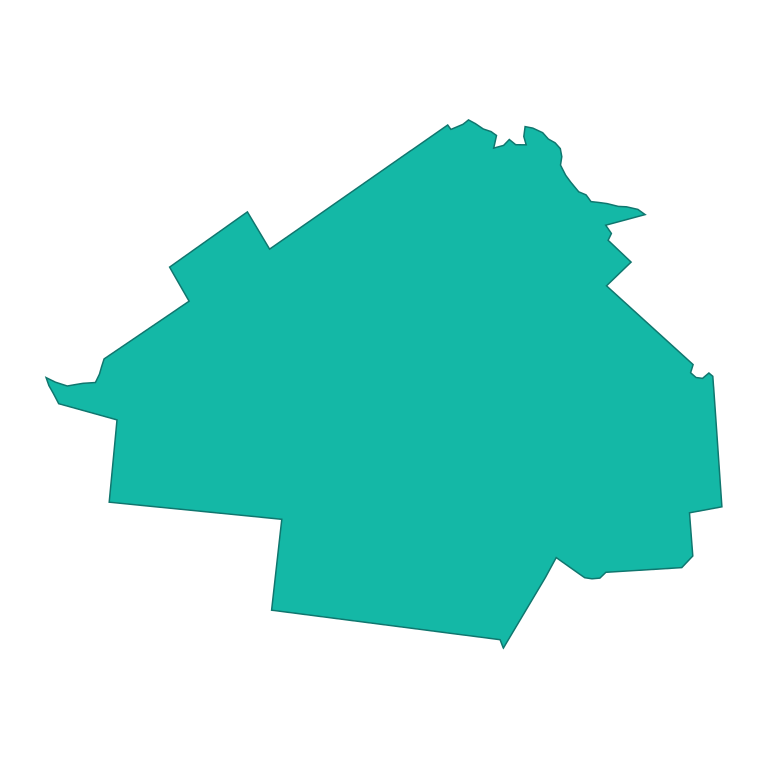 the district of Leandro N. Alem, Misiones, Argentina
{"feature_id": "61730980B79202279576530", "entity_name": "Leandro N. Alem", "entity_type": "district", "adm_level": 2, "iso_a3": "ARG", "parent_name": "Argentina", "parent_adm1": "Misiones", "projection": "robinson", "projection_center": [-55.364, -27.618], "detail": "fine", "context": "isolated", "style": "filled", "palette": "teal", "viewbox_px": 768, "rotation_deg": 0, "n_neighbors": 0, "source": "geoboundaries", "source_scale": "gbopen_adm2", "svg_char_len": 1521}
<svg xmlns="http://www.w3.org/2000/svg" viewBox="0 0 768 768"><path d="M46.1,377.6L48.9,385.6L53.1,393.0L56.9,400.2L58.7,403.7L117.0,419.9L116.0,430.7L112.6,466.4L109.2,502.2L281.8,519.3L280.1,534.3L271.6,610.2L452.8,633.6L500.1,639.7L503.2,647.8L503.4,648.1L505.5,644.5L540.1,586.4L545.4,577.5L556.2,557.6L579.1,573.8L584.7,577.7L592.0,578.8L599.9,578.1L605.9,572.3L681.8,567.6L690.4,558.5L692.8,556.0L690.0,519.7L689.5,512.8L721.9,506.8L716.2,424.1L713.6,386.9L713.5,386.1L712.8,376.3L708.9,373.0L702.5,378.4L702.1,378.3L696.0,377.5L690.6,372.7L691.4,370.2L693.1,364.6L610.4,289.4L606.5,285.8L623.6,269.3L631.1,262.1L625.3,256.6L611.1,243.1L608.1,240.3L608.7,239.1L611.4,233.5L611.1,233.0L605.7,225.2L615.8,222.5L645.1,214.6L637.9,209.4L626.5,206.8L618.3,206.4L607.1,203.6L599.1,202.5L591.0,201.6L586.1,194.9L578.7,191.8L570.7,182.1L565.7,175.3L560.5,165.1L561.8,156.7L560.3,148.6L555.2,142.9L548.3,139.0L542.7,132.7L532.8,128.1L525.1,126.6L523.8,136.5L525.7,143.2L526.2,144.8L522.2,144.8L515.7,144.7L509.3,139.5L503.6,145.4L499.2,146.6L493.7,148.1L494.3,145.5L496.5,135.5L491.1,131.6L483.3,129.0L475.2,123.5L474.0,122.9L468.5,119.9L463.0,124.3L456.4,127.1L450.9,129.4L447.7,125.0L412.0,149.9L410.4,150.9L313.7,218.4L269.6,249.1L247.4,211.9L241.0,216.4L237.6,218.8L169.6,267.1L172.8,272.8L189.1,301.2L178.6,308.3L177.5,309.1L104.1,358.9L101.5,367.0L99.6,373.7L99.3,374.5L97.8,377.6L95.4,382.5L91.2,382.8L83.1,383.3L75.2,384.6L67.3,386.0L55.5,382.2L46.1,377.6Z" fill="#14b8a6" stroke="#0f766e" stroke-width="1.5"/></svg>